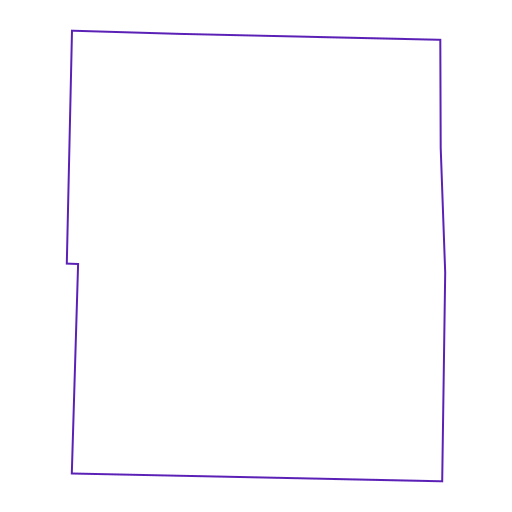 Wright, Missouri, United States of America (Albers equal-area conic projection)
{"feature_id": "52423323B43564787012059", "entity_name": "Wright", "entity_type": "district", "adm_level": 2, "iso_a3": "USA", "parent_name": "United States of America", "parent_adm1": "Missouri", "projection": "albers", "projection_center": [-92.499, 37.271], "detail": "fine", "context": "isolated", "style": "outline", "palette": "violet", "viewbox_px": 512, "rotation_deg": 0, "n_neighbors": 0, "source": "geoboundaries", "source_scale": "gbopen_adm2", "svg_char_len": 239}
<svg xmlns="http://www.w3.org/2000/svg" viewBox="0 0 512 512"><path d="M71.8,473.5L442.2,481.3L445.2,272.7L440.7,147.8L440.3,39.8L180.2,33.9L72.0,30.7L66.8,263.6L78.1,264.0L71.8,473.5Z" fill="none" stroke="#5b21b6" stroke-width="2"/></svg>